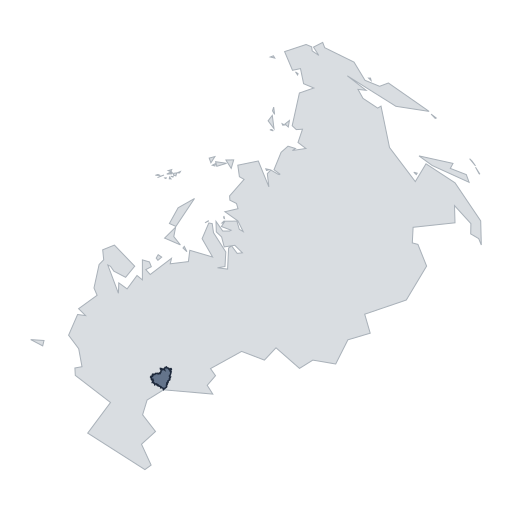 Samara highlighted on a map of Russia
{"feature_id": "RUS-2392", "entity_name": "Samara", "entity_type": "Region", "adm_level": 1, "iso_a3": "RUS", "parent_name": "Russia", "parent_adm1": "", "projection": "orthographic", "projection_center": [50.566, 53.218], "detail": "fine", "context": "in_parent", "style": "filled", "palette": "slate", "viewbox_px": 512, "rotation_deg": 0, "n_neighbors": 0, "source": "natural_earth", "source_scale": "10m", "svg_char_len": 7778}
<svg xmlns="http://www.w3.org/2000/svg" viewBox="0 0 512 512"><path d="M480.7,220.9L481.3,245.0L478.7,238.6L470.7,233.9L470.9,223.6L454.5,205.6L455.0,222.8L413.1,227.3L412.3,242.9L417.9,244.4L426.6,266.1L406.3,300.0L364.7,314.2L370.2,333.2L347.9,339.8L335.7,364.0L312.8,360.1L299.5,368.4L276.0,347.8L264.4,360.1L241.6,351.4L210.5,368.6L215.5,375.7L207.2,385.3L212.8,394.1L163.6,389.8L147.1,400.0L142.6,414.8L155.5,431.5L141.5,444.2L151.1,465.1L144.9,469.6L87.7,433.1L110.5,402.5L75.3,375.4L74.9,368.0L82.0,366.7L78.7,348.7L68.6,335.2L77.6,314.5L85.6,315.6L78.6,308.7L97.1,295.3L94.0,288.0L99.1,264.5L103.7,259.8L102.7,249.8L114.4,245.1L134.7,266.2L125.6,277.3L113.9,271.2L110.5,266.3L107.8,265.0L118.4,293.3L118.8,282.9L127.1,288.9L137.0,275.5L142.4,279.9L142.4,259.9L149.4,261.9L151.3,266.7L145.8,269.6L150.2,274.5L171.5,258.3L170.2,263.8L188.4,261.6L189.8,250.3L212.6,257.0L202.1,238.7L208.8,223.0L212.2,223.6L213.5,232.7L225.8,252.0L225.0,266.5L217.5,267.8L227.6,269.1L228.6,248.0L231.6,245.9L237.2,253.4L242.4,252.8L234.8,245.3L224.2,246.9L221.6,236.9L216.3,231.9L216.0,221.4L222.7,231.0L229.6,231.0L231.1,230.2L221.4,226.5L225.0,221.2L236.9,221.1L239.3,229.3L243.2,231.6L237.9,220.9L224.9,211.7L238.0,208.7L236.5,203.5L229.9,200.2L229.6,195.9L244.1,179.4L239.4,176.7L237.8,165.2L258.3,161.0L268.9,186.9L267.3,173.7L270.8,170.0L278.0,174.2L279.3,174.6L279.9,174.1L274.0,169.7L281.1,152.3L288.0,146.2L295.5,148.5L292.4,150.5L305.9,148.5L298.0,142.5L302.5,129.2L296.3,129.6L292.2,125.7L299.4,93.0L313.8,88.0L303.6,83.7L300.5,68.6L292.5,70.3L284.6,51.6L306.1,44.5L311.6,46.8L312.2,50.9L318.8,55.4L313.5,47.1L322.7,42.4L324.7,47.7L354.0,62.1L365.0,80.3L379.6,86.3L388.4,83.0L429.1,111.4L395.9,106.3L347.3,75.8L366.1,90.3L358.0,89.4L363.0,98.4L377.7,108.1L381.0,106.1L389.5,147.5L415.3,181.6L426.0,163.8L455.0,182.8L480.7,220.9ZM194.5,198.5L175.9,226.4L169.4,223.5L178.1,207.8L194.5,198.5ZM419.0,155.9L453.0,163.4L450.3,168.4L466.3,174.6L469.1,182.3L432.2,165.5L419.0,155.9ZM164.6,238.1L175.6,227.2L173.8,236.6L180.4,244.9L164.6,238.1ZM274.0,128.7L268.1,120.8L272.3,115.4L274.0,128.7ZM215.6,161.7L226.6,163.3L216.8,166.3L215.6,161.7ZM209.2,158.1L214.9,156.6L210.9,162.8L209.2,158.1ZM225.9,160.0L233.7,159.9L231.2,168.4L225.9,160.0ZM274.6,114.4L272.5,110.8L273.7,107.1L274.6,114.4ZM30.7,339.6L44.0,340.5L42.7,345.9L30.7,339.6ZM160.7,176.2L164.0,175.0L157.5,177.6L160.7,176.2ZM285.0,124.0L289.4,120.5L288.3,127.0L285.0,124.0ZM161.7,257.1L157.9,260.3L156.2,258.1L158.2,254.7L161.7,257.1ZM166.8,174.1L169.6,172.6L171.3,173.9L166.8,174.1ZM176.7,172.9L175.9,175.9L173.5,175.2L173.7,173.3L176.7,172.9ZM179.6,172.9L177.1,172.9L180.4,171.5L179.6,172.9ZM184.3,246.4L186.9,251.7L183.0,248.0L184.3,246.4ZM215.5,163.6L214.9,166.0L212.3,165.2L215.5,163.6ZM168.2,170.6L171.7,169.6L170.7,171.6L168.2,170.6ZM273.4,55.8L274.8,58.1L270.3,57.0L273.4,55.8ZM157.9,174.5L160.2,175.4L155.4,175.3L157.9,174.5ZM208.4,221.1L205.0,222.8L208.3,220.8L208.4,221.1ZM265.8,168.8L269.4,169.6L266.5,170.5L265.8,168.8ZM295.5,71.9L298.1,73.7L297.6,75.0L295.5,71.9ZM172.6,177.0L170.7,176.2L173.7,176.7L172.6,177.0ZM171.4,171.7L172.8,173.5L170.5,172.4L171.4,171.7ZM469.6,158.7L472.0,161.0L475.5,165.9L469.6,158.7ZM169.6,177.1L171.0,178.9L169.3,178.8L169.6,177.1ZM224.4,220.7L222.6,223.0L221.9,223.0L224.4,220.7ZM370.5,78.1L371.1,80.5L368.6,78.1L370.5,78.1ZM282.1,123.7L284.6,125.0L282.7,125.2L282.1,123.7ZM413.8,172.2L417.2,173.2L416.3,174.6L413.8,172.2ZM431.1,114.1L436.2,118.0L435.2,118.4L431.1,114.1ZM166.8,177.8L165.3,178.5L164.7,177.9L166.8,177.8ZM223.9,216.0L224.5,218.5L223.7,218.0L223.9,216.0ZM271.8,129.5L273.3,130.9L269.9,129.8L271.8,129.5ZM479.1,173.7L475.5,167.2L479.9,174.2L479.1,173.7Z" fill="#d9dde1" stroke="#a8b0b8" stroke-width="1"/><path d="M166.2,367.1L166.2,367.3L166.2,367.7L166.3,367.8L166.7,367.7L166.8,367.4L166.9,367.5L167.5,368.0L167.9,368.1L168.1,368.2L168.6,368.2L168.7,368.4L168.7,368.7L168.7,368.9L168.8,369.0L169.0,368.9L169.1,369.0L169.2,369.5L169.3,369.7L169.5,369.6L169.4,369.4L169.5,369.2L169.8,369.1L169.9,368.9L170.3,368.8L170.5,368.7L170.6,368.8L170.5,369.0L170.8,368.9L170.8,368.7L171.0,368.6L171.2,368.8L171.2,369.1L171.4,369.3L171.3,369.7L171.2,369.8L170.8,369.7L170.5,369.8L170.2,369.7L170.1,369.8L169.9,370.0L170.0,370.1L170.4,370.3L170.5,370.4L170.6,370.6L170.6,370.8L170.2,371.1L170.2,371.3L170.4,371.4L170.7,371.2L170.8,371.3L171.0,371.5L171.2,371.8L170.9,372.2L170.7,372.4L170.7,372.5L170.9,372.7L170.9,372.8L170.8,373.2L170.6,373.6L170.6,373.9L170.4,374.3L170.3,374.7L170.3,374.8L170.2,374.9L170.1,375.1L169.9,375.7L169.6,375.7L169.6,375.8L169.5,376.0L169.5,376.4L169.7,376.5L169.8,376.9L170.0,377.0L169.9,377.5L169.8,377.8L169.9,378.0L169.7,378.3L169.8,378.5L169.7,378.6L169.4,378.8L169.5,379.0L169.8,379.0L169.8,379.3L169.5,379.3L169.4,379.5L169.5,379.9L169.5,380.0L169.4,380.0L169.1,380.2L168.9,380.4L168.6,380.5L168.4,380.9L168.3,381.0L168.2,381.0L167.9,381.0L167.9,381.3L168.0,381.4L168.1,381.5L168.1,381.8L168.1,382.3L168.0,382.6L167.9,382.6L167.7,382.7L167.4,382.5L167.3,382.4L167.1,382.5L166.9,382.9L167.0,383.0L167.1,383.3L166.8,383.3L166.8,383.7L166.8,383.8L167.1,384.0L167.2,384.3L166.8,384.5L166.8,384.8L166.7,384.9L166.5,385.0L166.5,385.4L166.5,385.7L166.5,385.8L166.7,386.0L166.6,386.9L166.3,387.2L165.3,388.0L165.1,388.2L164.8,388.4L164.7,388.4L164.6,388.6L164.1,388.9L163.5,389.6L163.3,389.3L163.3,389.2L163.3,388.5L163.3,388.4L163.1,388.2L162.9,388.1L162.5,388.0L162.4,387.9L161.8,387.8L161.6,387.7L161.5,387.4L161.4,387.3L161.3,387.6L160.9,387.5L160.7,387.6L160.7,387.3L160.7,387.0L160.9,386.9L160.9,386.7L160.5,386.6L160.2,386.5L160.1,386.4L159.9,386.2L159.8,386.3L159.0,386.2L158.6,385.6L158.4,385.7L158.2,385.7L158.1,385.2L158.1,384.9L157.9,384.7L157.7,384.6L157.6,384.8L157.6,385.0L157.4,385.2L157.3,384.9L157.2,384.7L156.8,384.7L156.7,384.7L156.9,384.3L156.9,384.2L156.5,383.9L156.3,383.8L156.2,383.8L155.9,383.9L155.6,383.9L155.4,383.9L155.1,383.9L154.9,384.0L154.9,384.3L154.7,384.5L154.6,383.9L154.5,383.6L154.4,383.4L154.0,383.3L153.9,382.9L153.8,382.7L153.7,382.7L153.4,382.7L153.1,382.4L152.9,382.3L152.4,382.5L152.2,382.5L152.2,382.4L152.3,382.2L152.5,381.8L152.6,381.7L153.1,381.2L153.3,381.1L153.4,380.8L153.4,380.5L153.3,380.3L153.1,380.1L152.5,380.1L152.3,380.1L152.2,380.0L152.1,379.9L152.3,379.5L152.4,379.4L151.9,379.4L151.9,379.5L151.8,379.9L151.7,379.9L151.4,379.5L151.4,379.4L151.5,379.2L151.6,378.8L151.6,378.7L151.4,378.7L151.2,378.2L151.2,377.9L151.0,377.7L150.9,377.4L150.6,377.2L150.6,376.9L150.8,376.7L151.1,376.2L151.5,376.2L151.8,376.6L151.9,376.4L152.1,376.3L152.5,376.3L152.5,375.9L152.6,375.7L152.8,375.4L152.7,375.4L152.4,375.2L152.3,374.9L152.5,374.7L152.6,374.9L152.8,375.0L152.9,374.8L153.4,374.9L153.5,374.8L153.5,374.7L153.3,374.6L153.2,374.6L153.0,374.2L153.6,374.2L154.7,374.5L154.8,374.5L155.1,374.0L155.4,373.5L155.6,373.4L156.8,373.5L157.0,373.4L157.3,373.3L158.0,373.4L158.1,373.5L158.2,373.8L158.4,373.6L158.8,373.6L158.9,373.4L159.2,373.2L159.3,373.2L159.2,373.4L159.2,373.5L159.3,373.6L160.0,373.7L160.2,373.4L160.1,373.2L159.8,373.1L159.9,372.7L160.2,372.5L160.3,372.4L160.9,372.1L161.0,371.8L160.9,371.5L160.9,371.3L161.1,370.6L161.2,370.1L160.9,369.4L160.9,369.1L160.6,369.1L160.6,368.7L160.4,368.6L160.4,368.4L160.5,368.4L161.0,368.5L161.2,368.9L161.4,368.9L161.5,368.8L161.6,368.7L161.8,368.7L161.9,369.0L162.1,369.2L162.1,369.3L162.3,369.6L162.2,369.8L162.3,369.8L162.4,369.7L162.6,369.6L162.8,369.4L162.9,369.2L163.0,369.1L163.3,369.1L163.6,369.5L164.0,369.5L164.3,369.7L164.2,369.5L164.3,369.4L164.4,369.1L164.5,369.0L164.5,368.9L164.5,368.7L164.4,368.5L164.5,368.2L164.8,368.1L165.0,367.9L165.2,367.4L165.3,367.4L165.6,367.4L166.2,367.1ZM170.3,376.9L170.4,377.0L170.5,377.0L170.4,377.3L170.2,377.3L170.2,377.2L170.3,377.0L170.3,376.9Z" fill="#64748b" stroke="#1e293b" stroke-width="1.5"/></svg>